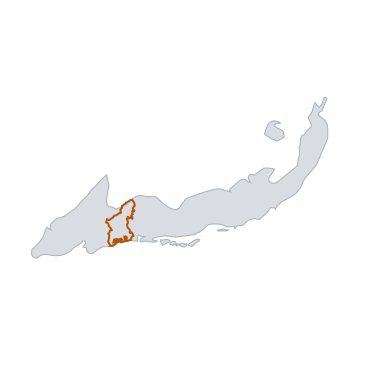 Cuba, with Las Tunas highlighted, rotated 140°
{"feature_id": "CUB-1368", "entity_name": "Las Tunas", "entity_type": "Province", "adm_level": 1, "iso_a3": "CUB", "parent_name": "Cuba", "parent_adm1": "", "projection": "equal_earth", "projection_center": [-77.037, 21.068], "detail": "fine", "context": "in_parent", "style": "outline", "palette": "amber", "viewbox_px": 384, "rotation_deg": 140, "n_neighbors": 0, "source": "natural_earth", "source_scale": "10m", "svg_char_len": 7487}
<svg xmlns="http://www.w3.org/2000/svg" viewBox="0 0 384 384"><g transform="rotate(140 192 192)"><path d="M121.8,125.1L129.7,127.0L136.1,126.4L139.2,125.3L138.9,126.5L141.7,129.3L142.7,129.5L146.8,128.1L157.7,127.5L158.8,128.3L160.6,131.0L163.4,132.7L166.2,134.0L169.2,134.3L172.2,133.8L175.0,134.0L178.5,136.7L179.6,137.0L182.7,136.3L181.8,138.7L187.0,142.1L190.8,148.8L193.6,151.6L196.6,154.1L199.1,155.8L201.9,156.6L210.4,156.2L212.4,156.4L214.2,157.4L215.9,157.8L216.9,157.4L233.4,167.9L238.6,173.5L241.8,176.4L248.7,180.6L251.5,181.5L253.0,181.0L252.7,180.0L250.7,177.7L250.4,176.9L253.0,177.6L257.7,182.3L259.0,184.1L261.3,185.7L263.7,186.9L262.6,188.7L260.6,188.9L256.9,188.1L259.9,191.2L260.4,193.4L261.8,193.6L263.8,191.2L265.1,189.1L270.3,194.4L273.1,196.8L272.3,198.2L272.1,199.6L275.2,198.3L276.4,198.5L277.6,199.2L278.8,201.5L281.7,202.0L284.7,202.0L290.6,203.9L296.3,207.7L301.6,208.5L307.0,208.6L309.7,210.6L310.8,213.4L309.6,215.3L308.8,217.3L310.8,219.8L306.5,220.8L305.9,222.3L306.1,223.9L307.0,224.8L309.4,224.0L313.1,224.7L318.7,225.3L322.5,224.8L330.3,226.5L332.6,227.4L337.2,230.6L339.4,232.7L344.0,238.3L347.9,240.5L351.3,241.1L352.5,240.7L354.5,242.1L355.5,244.6L355.0,247.2L352.0,250.8L347.1,251.0L340.3,251.7L333.8,254.0L330.6,255.8L329.1,257.0L325.6,258.1L325.4,257.2L325.5,256.0L324.5,253.7L323.8,255.8L322.5,257.2L320.3,258.5L312.3,258.6L309.1,256.9L305.8,255.7L293.8,254.5L290.9,254.6L282.9,255.9L274.8,256.5L271.4,257.3L268.1,258.5L261.6,258.4L253.9,259.8L246.2,260.0L251.2,250.7L261.6,241.8L263.5,239.9L264.9,237.4L265.2,235.5L264.8,233.9L262.3,231.1L261.8,229.1L261.1,227.7L257.5,226.5L253.8,225.8L250.0,225.8L242.0,224.9L237.7,224.8L234.1,222.9L228.1,216.1L225.2,214.2L223.8,212.7L222.7,210.9L221.3,201.0L220.1,196.2L218.3,192.1L215.6,188.9L212.7,187.9L201.5,190.6L198.9,190.2L196.4,189.3L179.6,182.8L172.7,179.3L169.9,177.6L167.5,175.1L165.1,171.0L162.3,167.3L162.3,168.8L161.9,169.8L147.8,170.2L145.6,169.4L144.2,168.4L143.1,166.9L142.4,163.9L141.1,161.4L140.7,164.1L139.9,166.5L138.0,167.9L135.9,168.1L133.3,164.9L122.0,164.2L121.0,163.6L117.3,160.5L114.1,156.6L117.3,155.2L123.9,153.4L125.3,152.1L126.1,150.6L125.6,148.3L124.3,146.6L123.0,145.6L121.5,145.0L119.5,144.7L94.3,144.3L92.8,145.6L90.5,148.1L85.9,151.4L82.9,154.9L81.8,156.6L80.4,157.9L77.2,160.0L74.5,163.3L71.3,164.7L69.5,163.8L67.8,163.9L66.5,164.7L65.2,165.0L58.7,165.4L57.7,166.3L56.7,168.6L55.6,173.2L54.6,174.7L51.3,175.2L48.2,176.5L41.8,180.8L40.1,181.5L40.5,178.3L40.3,175.2L38.5,175.1L36.5,175.6L34.8,176.5L31.6,178.8L30.0,179.4L28.5,178.2L28.8,176.7L39.4,171.1L40.6,170.7L42.4,171.1L44.3,170.9L45.7,169.3L44.1,161.9L44.9,156.9L47.4,153.1L52.3,147.2L54.7,145.3L78.7,133.0L81.1,132.4L96.7,129.9L99.0,129.1L106.3,125.5L113.8,124.0L121.8,125.1ZM99.0,189.8L96.1,192.0L90.1,195.0L86.8,195.1L83.6,194.0L81.3,191.4L80.1,188.9L80.2,187.7L82.2,189.7L84.0,190.7L85.4,190.1L86.5,189.0L83.3,180.8L83.5,179.1L86.2,174.7L93.3,176.0L94.5,176.8L95.5,179.6L97.0,181.8L98.8,187.8L99.0,189.8ZM218.7,149.9L222.8,150.7L225.7,150.1L227.1,150.4L229.2,153.8L227.4,154.2L225.9,154.2L224.9,153.6L221.2,153.5L218.7,152.5L217.3,151.6L216.7,150.6L218.7,149.9ZM247.8,174.3L246.5,175.6L245.1,173.7L243.1,172.8L240.8,170.8L240.2,168.8L242.1,168.6L244.6,169.0L248.8,170.1L248.5,172.5L247.8,174.3ZM236.9,160.7L236.3,161.4L234.7,159.9L232.3,159.2L230.9,156.9L229.6,156.0L229.5,155.1L231.7,154.5L233.2,154.8L234.9,156.6L235.9,159.9L236.9,160.7ZM241.4,167.2L240.4,167.3L237.4,165.6L236.5,164.2L237.5,162.3L237.8,160.2L238.2,160.1L238.7,162.6L241.0,163.6L241.1,164.2L242.5,166.3L241.4,167.2ZM196.9,145.3L196.9,146.4L191.7,143.4L189.4,140.3L188.5,139.6L190.0,139.5L196.9,145.3Z" fill="#d9dde1" stroke="#a8b0b8" stroke-width="1"/><path d="M269.8,194.5L270.2,194.9L271.3,195.5L273.0,196.0L273.4,196.4L273.2,196.9L273.8,196.9L273.6,197.8L273.4,198.2L273.0,198.3L271.9,198.4L271.5,198.6L271.2,199.0L271.1,199.6L271.5,200.6L273.1,199.6L273.0,200.6L273.3,200.3L273.4,199.9L273.5,199.4L273.6,198.9L273.4,198.9L273.8,198.1L273.9,197.7L274.0,197.2L275.9,198.0L276.0,198.0L276.3,197.8L276.9,198.3L277.7,198.6L278.1,198.6L278.5,198.9L279.0,199.4L279.1,200.0L278.9,200.3L278.4,200.4L276.7,201.4L276.8,200.8L276.6,200.4L276.2,200.4L276.3,200.8L276.2,201.5L276.6,201.7L277.2,201.9L277.7,202.1L278.1,202.6L278.6,202.9L279.2,203.0L279.9,203.1L279.8,202.8L279.2,202.5L279.0,202.3L278.8,202.0L278.6,201.4L278.6,201.1L279.2,200.8L279.7,200.8L280.5,201.1L281.1,201.6L281.5,202.3L281.7,201.4L281.9,201.4L281.8,203.0L281.5,203.6L279.9,203.7L279.9,203.9L280.5,203.9L280.2,204.1L280.3,204.7L280.6,204.7L280.9,204.5L281.3,204.5L281.6,204.8L281.9,205.5L282.2,205.6L282.3,205.5L282.5,205.3L282.7,205.1L282.8,204.9L283.0,204.7L283.2,204.8L283.4,204.8L284.3,204.1L284.6,203.9L284.2,203.7L283.2,203.6L282.8,203.4L282.4,202.8L282.3,202.2L282.5,201.6L283.1,201.4L286.7,201.5L287.5,201.8L287.9,202.3L288.9,202.8L289.0,202.9L288.9,202.9L288.8,205.2L288.6,205.9L288.4,206.0L288.2,206.4L288.2,206.7L288.3,207.4L288.2,207.7L288.1,207.9L287.2,208.6L286.6,208.9L285.2,210.0L284.7,210.5L283.8,211.4L283.2,212.2L282.9,213.3L282.8,213.9L282.7,214.0L282.3,214.0L282.1,213.9L281.9,214.0L281.5,214.1L279.8,215.0L279.4,215.1L279.1,215.1L278.8,215.1L278.7,214.9L278.4,214.6L278.0,214.4L277.6,215.8L277.6,218.6L277.6,219.2L277.5,219.6L276.9,220.5L276.7,221.1L276.6,221.4L276.6,222.0L276.6,222.3L276.7,222.5L277.0,223.0L277.1,223.3L277.3,223.7L277.2,223.9L277.2,224.1L276.8,224.4L276.6,224.5L275.3,225.1L275.2,225.2L274.7,225.8L274.4,225.6L273.8,224.1L273.5,223.8L273.1,223.6L272.4,223.6L271.1,223.5L270.5,223.5L270.2,223.5L269.0,223.2L268.3,223.5L267.8,223.6L267.4,223.6L266.9,223.8L266.7,223.8L266.4,223.7L266.0,223.3L264.9,222.8L261.9,222.7L261.2,222.5L261.1,222.2L260.8,222.0L260.6,222.1L260.1,222.5L259.9,222.6L259.7,222.3L259.5,222.0L259.4,222.1L259.3,222.3L259.3,222.7L259.2,222.9L259.1,223.1L258.8,223.6L258.7,223.8L258.6,224.1L258.5,224.3L258.4,224.3L257.9,224.6L257.6,224.7L256.7,224.8L255.8,225.0L255.0,225.5L254.6,226.1L254.3,225.8L254.1,225.8L253.8,226.1L253.4,226.2L253.2,226.3L252.7,226.3L252.2,226.2L250.6,225.5L249.4,226.3L249.2,226.3L248.7,225.9L248.3,225.7L247.4,225.8L247.1,225.7L246.6,225.5L246.4,225.4L246.2,225.5L245.8,225.5L244.3,225.4L243.8,225.2L243.0,224.5L242.7,224.4L243.2,221.0L244.7,218.2L245.5,218.3L247.3,217.8L247.8,217.6L248.0,217.4L248.0,217.1L248.0,216.8L248.0,216.5L248.2,215.9L248.2,215.6L248.2,215.4L248.1,215.1L248.1,214.8L248.4,214.6L248.6,214.5L248.9,214.9L249.0,215.2L249.2,215.4L249.3,215.5L249.5,215.6L249.8,215.6L250.0,215.7L250.3,215.6L250.3,214.9L250.5,214.4L250.8,214.2L251.4,214.0L251.9,213.9L252.0,213.3L252.0,213.1L252.5,213.2L252.9,213.1L253.5,213.0L253.7,212.7L253.8,212.4L253.8,212.1L253.9,211.7L253.9,211.4L253.8,211.2L253.9,210.8L254.0,210.7L254.4,210.4L254.6,210.1L254.8,210.0L254.9,210.3L255.0,210.5L255.4,211.2L255.4,211.4L255.5,211.6L255.5,211.8L255.5,212.0L256.1,212.2L256.6,212.2L256.8,212.3L257.0,212.3L257.1,212.5L256.8,213.0L256.8,213.3L256.9,213.5L257.2,213.9L257.5,213.1L257.7,212.9L257.9,212.8L258.1,212.8L258.5,213.3L258.9,213.5L259.2,213.3L260.1,210.7L260.5,209.9L260.9,209.7L261.1,209.5L261.3,209.4L262.2,209.2L262.4,209.1L262.8,208.7L263.0,208.4L264.1,206.1L264.0,203.4L264.0,203.1L264.1,202.7L265.8,200.7L265.8,200.4L265.7,200.3L264.5,200.3L264.4,200.2L264.2,200.0L264.1,199.3L264.1,198.9L264.3,198.4L264.5,198.0L265.0,196.1L265.6,196.2L266.3,196.4L266.9,196.4L267.7,196.1L268.1,195.9L269.0,195.1L269.4,194.8L269.7,194.5L269.8,194.5Z" fill="none" stroke="#b45309" stroke-width="2"/></g></svg>